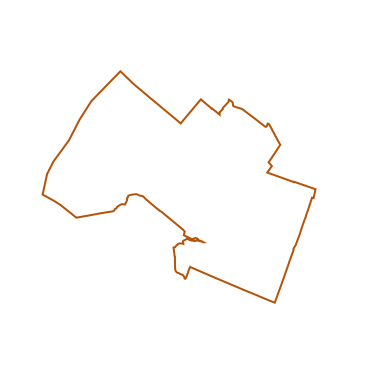 outline of Brancoveni, Olt, Romania, rotated 222°
{"feature_id": "2599482B4467006256881", "entity_name": "Brancoveni", "entity_type": "district", "adm_level": 2, "iso_a3": "ROU", "parent_name": "Romania", "parent_adm1": "Olt", "projection": "orthographic", "projection_center": [24.313, 44.317], "detail": "fine", "context": "isolated", "style": "outline", "palette": "amber", "viewbox_px": 384, "rotation_deg": 222, "n_neighbors": 0, "source": "geoboundaries", "source_scale": "gbopen_adm2", "svg_char_len": 5879}
<svg xmlns="http://www.w3.org/2000/svg" viewBox="0 0 384 384"><g transform="rotate(222 192 192)"><path d="M326.0,233.8L327.6,192.2L324.0,170.7L318.0,148.0L315.4,122.0L311.7,108.4L301.3,90.1L290.5,92.7L288.7,93.1L281.3,94.3L269.6,95.1L261.1,95.5L260.7,95.9L260.3,95.9L260.1,96.3L259.7,96.9L258.0,99.1L257.0,100.4L256.1,101.5L255.2,102.6L254.4,103.7L253.8,104.4L253.5,104.8L253.3,105.1L253.1,105.3L252.9,105.5L252.6,106.0L252.2,106.4L251.8,107.1L250.7,108.4L250.1,109.3L249.4,110.1L248.6,111.2L247.7,112.3L246.2,114.4L245.0,115.9L244.7,116.2L243.9,117.2L241.3,120.5L239.4,122.8L237.8,124.9L237.6,125.4L237.5,126.0L237.5,126.8L237.7,127.4L237.7,127.7L237.8,128.1L237.3,128.9L237.3,129.3L237.3,129.6L237.5,130.0L237.5,130.3L237.7,130.6L237.5,131.1L237.4,131.6L237.4,131.9L237.2,132.7L237.0,133.5L236.7,134.7L236.5,135.2L236.3,135.5L236.0,135.9L235.4,136.5L234.6,137.0L234.2,137.3L233.9,137.5L233.5,137.7L233.4,138.2L233.7,138.6L233.9,139.1L234.0,139.8L234.0,140.2L234.2,141.0L234.4,141.5L234.6,142.0L234.9,142.4L235.1,142.7L235.6,143.4L236.0,144.0L236.3,144.4L236.1,144.7L236.0,144.8L236.1,145.1L236.5,145.8L236.8,146.8L236.4,147.5L236.0,148.2L235.3,149.2L234.8,150.0L234.3,150.5L233.7,151.2L233.0,152.0L232.4,152.6L231.8,153.2L231.1,153.5L230.0,153.9L229.5,154.0L228.6,154.3L228.2,154.5L226.3,155.7L226.1,155.8L225.8,155.9L225.1,156.0L221.9,155.8L213.8,156.0L210.1,156.1L202.8,156.5L202.7,156.6L201.4,156.9L200.7,156.9L190.7,157.3L173.5,158.0L172.8,157.9L171.9,157.9L170.9,157.7L170.5,156.8L169.8,155.6L169.1,154.4L168.2,154.8L166.9,154.9L166.2,155.0L165.7,155.6L164.8,155.7L163.6,156.0L162.6,156.3L161.3,156.7L160.8,157.0L160.2,157.4L159.6,158.1L158.9,159.4L158.7,160.0L157.0,160.9L156.3,161.0L154.9,160.7L153.9,160.9L152.4,161.6L151.4,162.0L150.6,162.1L149.8,162.3L150.0,162.1L151.1,161.8L152.1,161.5L152.7,161.1L153.3,160.8L153.9,160.3L154.6,160.0L155.1,159.9L155.7,159.8L156.1,159.4L156.3,158.9L156.3,158.6L156.4,158.4L156.6,158.3L156.7,158.1L157.0,157.4L157.4,157.2L157.9,157.1L158.3,156.7L158.7,156.4L159.0,156.2L159.3,156.0L159.6,155.8L160.0,155.6L160.4,155.3L160.6,155.2L161.1,155.0L161.6,154.8L162.2,154.6L163.0,154.4L163.4,154.3L164.0,154.1L164.4,153.7L164.7,153.0L164.7,152.7L164.9,152.3L165.0,151.9L165.2,151.3L165.8,150.2L165.8,149.9L165.8,149.6L165.7,149.3L165.5,149.1L165.3,148.9L165.0,148.7L164.6,148.3L164.1,148.0L164.0,147.9L163.9,147.8L163.8,147.7L163.7,147.6L164.0,147.5L164.4,147.3L164.9,147.1L165.2,146.9L165.6,146.6L166.1,146.2L166.8,145.5L167.0,145.1L167.4,144.5L167.5,144.1L167.5,143.9L167.6,143.5L167.6,143.1L167.6,142.7L167.7,142.1L167.8,141.7L167.8,141.3L167.8,141.0L167.8,140.8L167.8,140.4L167.7,140.1L167.6,139.9L167.6,139.7L167.8,139.5L167.9,139.3L168.1,139.1L168.3,138.9L168.4,138.6L168.5,138.4L168.5,138.2L168.1,137.9L167.9,137.8L167.6,137.5L167.3,137.2L166.8,136.8L166.2,136.3L165.9,136.0L165.6,135.7L165.3,135.5L164.6,135.0L163.8,134.4L163.6,134.2L163.4,134.0L163.2,133.8L162.9,133.5L162.7,133.3L162.5,133.1L162.3,132.9L162.1,132.7L161.8,132.6L161.4,132.5L161.2,132.4L161.1,132.2L160.9,131.9L159.9,130.8L159.4,130.3L158.4,129.2L158.0,128.9L157.5,128.3L156.5,127.3L156.1,126.8L155.6,126.2L155.0,125.6L154.5,125.1L153.9,124.5L153.5,124.1L153.1,123.7L152.8,123.3L152.4,123.0L152.1,122.8L151.8,122.6L151.3,122.4L150.9,122.3L150.4,122.2L149.9,122.1L149.4,122.1L149.1,122.2L148.7,122.3L148.4,122.5L147.9,122.7L147.7,122.8L147.3,122.9L146.9,123.0L146.3,123.1L145.8,123.3L145.3,123.4L144.8,123.6L144.5,123.8L143.9,124.0L143.4,124.1L142.9,124.1L142.5,124.1L142.0,123.9L141.8,123.8L141.5,123.8L141.4,123.8L141.1,123.7L140.9,123.7L140.7,123.6L140.4,123.3L140.1,123.1L139.8,123.0L139.6,122.9L139.3,122.9L139.0,122.9L139.0,123.4L139.0,124.0L139.2,124.5L139.3,125.0L139.5,125.5L139.7,126.0L139.9,126.6L140.2,127.3L140.7,128.4L141.2,129.6L141.6,130.5L141.9,131.3L142.1,131.9L142.5,132.9L142.8,133.6L143.0,134.2L143.1,134.4L143.2,134.8L143.3,135.0L118.9,143.2L87.0,154.2L77.1,157.8L76.2,158.1L66.0,161.6L56.4,165.1L62.6,180.4L63.7,183.1L64.0,183.8L65.7,187.8L67.0,191.2L68.2,193.9L68.8,195.4L69.8,197.8L70.4,199.3L71.0,200.6L72.0,203.1L72.2,203.5L73.1,205.4L74.1,208.0L76.2,213.1L77.5,216.3L77.7,216.8L78.1,217.4L78.4,217.5L78.6,217.7L78.9,218.7L79.1,220.4L79.2,220.9L79.3,221.6L83.4,232.1L84.1,233.6L86.7,239.3L86.9,239.8L87.4,241.0L87.9,242.1L88.3,243.1L89.8,246.8L90.7,249.5L91.1,249.9L91.6,251.1L92.5,253.2L92.8,253.9L92.9,254.3L94.9,258.9L97.1,263.8L98.6,267.2L99.0,268.2L97.6,268.8L101.1,275.1L101.8,276.4L102.0,276.7L122.8,268.0L122.7,267.7L123.4,267.3L149.1,256.8L150.0,264.7L154.9,265.3L155.0,266.2L156.2,274.3L156.3,275.3L158.0,286.2L159.5,286.6L160.0,286.8L160.5,287.0L161.4,287.3L161.8,287.4L162.5,287.7L163.3,287.9L165.0,288.5L165.7,288.8L166.4,289.1L167.4,289.4L168.1,289.7L169.0,290.0L169.8,290.3L170.4,290.5L170.7,290.6L170.9,290.7L171.3,290.9L172.1,291.1L172.7,291.3L173.6,291.6L174.1,291.9L179.3,293.7L179.4,293.8L179.5,293.8L179.9,293.8L180.0,293.9L180.4,293.8L180.5,293.8L180.9,293.8L181.0,293.7L181.3,293.5L181.5,293.4L181.3,293.0L181.2,292.7L181.0,292.3L180.8,292.0L180.7,291.7L180.6,291.4L180.5,291.2L180.5,290.9L180.5,290.6L180.5,290.3L180.6,290.1L180.7,289.9L181.0,289.8L181.2,289.7L181.4,289.5L181.6,289.5L188.5,289.0L195.5,288.5L200.6,288.0L205.9,287.6L209.7,287.3L210.6,287.0L211.7,286.6L212.8,286.1L213.8,285.7L214.6,285.2L215.3,284.9L216.4,284.4L218.6,283.5L218.9,283.5L222.0,285.9L226.4,285.4L226.3,285.0L225.7,284.2L225.2,283.5L225.3,274.7L224.6,274.2L224.8,269.9L224.4,269.5L224.0,268.9L223.2,268.0L223.3,268.0L233.0,267.5L233.0,267.1L236.0,267.1L247.4,266.7L246.3,235.4L248.8,235.3L255.6,235.1L258.0,235.0L259.9,234.9L267.9,234.6L270.8,234.5L274.5,234.4L278.8,234.2L281.6,234.1L283.8,234.0L285.4,233.9L287.8,233.8L289.7,233.8L292.1,233.7L293.5,233.7L295.7,233.6L297.4,233.6L298.6,233.5L300.1,233.4L301.0,233.4L302.6,233.4L304.0,233.3L305.7,233.2L308.7,233.2L326.0,233.8Z" fill="none" stroke="#b45309" stroke-width="2"/></g></svg>